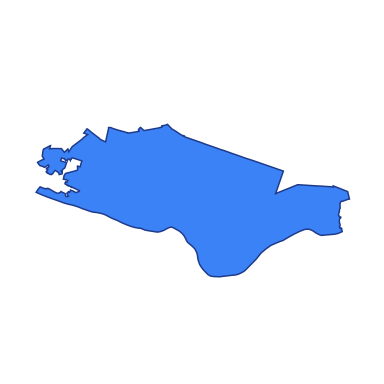 outline of Jersikas pag., Livanu, Latvia, rotated 300°
{"feature_id": "27541924B79082278774679", "entity_name": "Jersikas pag.", "entity_type": "district", "adm_level": 2, "iso_a3": "LVA", "parent_name": "Latvia", "parent_adm1": "Livanu", "projection": "mercator", "projection_center": [26.237, 56.273], "detail": "fine", "context": "isolated", "style": "filled", "palette": "blue", "viewbox_px": 384, "rotation_deg": 300, "n_neighbors": 0, "source": "geoboundaries", "source_scale": "gbopen_adm2", "svg_char_len": 5572}
<svg xmlns="http://www.w3.org/2000/svg" viewBox="0 0 384 384"><g transform="rotate(300 192 192)"><path d="M140.5,43.4L140.2,43.6L139.6,45.0L138.8,47.0L139.0,47.8L139.3,49.1L139.4,49.5L139.6,50.0L139.5,51.1L139.5,51.8L139.9,52.2L140.3,52.3L143.6,54.0L142.6,55.4L141.8,55.3L139.7,54.1L139.1,54.5L139.2,54.8L139.3,55.1L139.5,55.1L139.6,55.8L138.1,55.9L136.8,55.5L136.4,56.0L136.7,57.2L136.0,57.4L136.2,58.6L136.3,58.7L136.2,60.4L136.9,60.9L137.1,61.4L137.0,61.8L138.3,62.1L138.4,62.3L138.7,62.2L139.8,62.3L142.3,62.7L142.1,66.8L140.7,68.3L141.6,69.2L142.7,70.4L144.0,69.9L144.9,69.3L144.4,68.9L144.4,68.6L144.4,68.4L144.6,68.2L144.8,68.1L145.0,68.2L145.3,68.4L145.3,68.6L145.6,68.9L146.7,68.9L147.2,68.8L149.1,69.8L154.5,68.8L154.6,68.6L153.3,62.7L156.2,62.0L156.8,64.9L157.1,65.0L155.9,66.9L157.0,67.6L156.5,68.5L158.6,68.2L158.9,68.5L159.1,69.2L159.3,70.3L158.8,70.4L158.4,70.9L159.8,70.7L159.9,71.0L161.1,70.8L161.7,71.5L161.9,71.8L162.0,72.4L163.9,81.0L157.8,82.5L157.2,79.9L156.5,80.1L155.7,80.8L155.7,81.1L154.6,81.4L154.6,81.5L153.8,81.6L153.3,81.6L153.1,81.5L150.6,79.0L150.3,78.8L150.1,78.5L148.9,77.3L148.5,76.9L145.0,73.3L144.1,73.1L143.0,73.0L142.5,73.0L140.9,73.5L140.0,73.8L138.8,74.2L139.8,77.3L139.9,78.7L137.8,78.8L137.7,77.5L136.1,77.6L135.5,78.1L135.6,78.8L135.6,79.5L135.7,80.3L135.4,80.4L135.5,82.1L135.8,82.1L136.0,84.0L136.1,84.7L135.8,84.7L135.9,85.6L136.2,85.6L136.7,91.8L136.7,92.4L136.9,93.8L136.5,93.9L136.0,93.9L135.9,93.8L135.7,93.7L134.1,92.3L133.4,91.7L133.4,89.5L133.4,88.8L132.9,85.8L132.4,86.0L131.2,86.2L130.9,86.2L130.6,86.1L130.7,85.9L130.7,85.1L130.1,84.7L129.5,85.0L128.4,84.2L127.4,85.6L127.3,85.8L126.6,87.0L126.2,86.5L125.8,86.2L125.7,86.3L125.5,85.8L125.2,85.2L125.2,84.8L126.2,83.8L126.9,83.1L127.2,82.9L127.1,82.2L127.0,80.8L126.9,79.2L126.8,78.6L126.9,78.3L125.6,78.0L125.2,77.7L124.5,77.2L124.0,76.5L123.6,75.8L123.4,75.0L123.3,73.1L123.3,66.6L123.3,66.2L122.8,64.8L122.6,64.8L122.2,64.6L121.9,64.3L121.8,63.5L121.4,63.2L121.3,62.8L121.2,62.8L121.2,62.2L120.9,60.6L120.5,57.9L118.4,57.5L117.4,57.4L117.2,57.3L113.8,57.2L114.2,60.8L114.5,63.6L115.4,69.5L116.2,74.0L117.4,80.4L118.4,86.3L119.5,90.8L120.5,93.9L121.4,97.1L122.3,101.6L122.7,104.9L123.9,111.2L124.5,114.3L125.1,116.3L126.7,120.1L128.1,124.3L128.6,126.5L128.9,128.5L129.1,134.0L129.4,137.4L130.0,141.5L130.3,146.9L131.0,152.2L131.6,155.8L132.6,160.0L134.0,163.8L134.8,165.5L135.2,167.7L135.6,170.6L136.6,173.4L138.6,178.5L139.3,180.5L140.3,182.6L142.4,184.9L144.6,186.7L148.2,188.9L150.3,190.4L151.1,191.5L151.6,192.6L151.7,194.4L151.8,198.0L151.8,200.7L151.1,204.4L150.3,206.6L148.6,209.6L147.4,211.2L146.5,212.8L146.2,213.5L145.7,216.3L145.1,219.5L144.2,222.8L142.9,225.0L141.3,227.0L140.5,227.8L137.1,230.5L135.7,231.8L134.5,233.2L133.2,234.7L131.8,237.2L130.7,239.6L129.7,242.7L128.5,247.0L128.4,249.2L128.8,251.0L129.7,253.2L132.4,258.3L139.7,268.0L142.1,271.4L144.2,273.4L146.6,275.1L149.3,276.7L151.7,277.5L165.7,281.1L171.4,282.0L173.9,282.4L180.2,284.7L185.5,287.2L189.3,290.0L193.7,293.4L195.3,294.9L200.5,297.8L206.3,301.3L210.4,304.0L213.7,306.5L215.8,308.2L217.2,310.0L218.2,311.8L218.7,314.2L218.8,316.7L218.5,319.5L218.6,322.1L218.7,324.0L219.2,325.9L221.5,329.1L223.8,332.4L226.8,336.7L229.1,339.2L232.8,341.9L234.2,340.6L234.5,340.4L235.4,339.7L235.3,339.1L235.1,339.0L234.8,339.1L234.6,339.0L234.8,338.2L235.2,337.9L235.4,337.9L235.5,337.2L235.8,336.9L236.8,337.0L237.3,336.9L237.7,336.6L238.2,336.2L239.1,335.0L239.8,334.7L240.8,333.9L242.0,333.4L242.8,333.2L243.2,333.4L243.7,333.2L243.8,333.1L243.7,333.1L243.8,333.1L244.0,333.1L243.9,333.3L243.9,333.6L244.2,333.5L244.3,333.5L244.3,333.2L244.6,333.2L244.5,332.7L244.4,332.6L244.3,332.3L244.2,332.3L244.2,332.2L244.3,332.0L244.4,331.9L244.4,331.7L244.5,331.7L244.8,331.4L244.9,331.2L245.0,331.0L245.1,330.8L245.1,330.7L245.3,330.3L247.2,329.8L248.7,329.4L250.7,328.4L251.9,328.5L252.3,328.3L253.1,327.5L253.5,327.5L253.7,327.4L256.0,325.9L256.4,326.0L256.9,325.8L257.8,325.9L258.5,325.9L258.8,326.2L259.1,326.4L259.4,327.1L259.9,327.6L263.3,330.4L264.6,331.9L270.2,326.6L268.9,317.8L267.9,311.3L267.0,311.9L267.0,311.7L262.0,301.6L258.9,295.5L251.2,279.9L232.4,265.2L255.8,260.7L249.6,228.5L249.5,228.3L249.1,226.0L248.7,224.5L248.5,223.6L247.6,219.1L247.1,216.2L246.5,213.0L245.6,208.3L245.2,206.3L245.0,205.0L243.7,197.9L243.5,197.4L243.4,196.9L242.8,194.2L242.7,193.3L242.6,193.0L242.5,192.7L242.5,192.1L241.4,186.3L239.9,178.5L239.9,177.9L239.8,177.7L239.3,174.7L237.2,163.9L236.7,161.2L236.4,160.1L236.4,159.5L236.3,158.6L236.1,156.5L236.6,156.7L236.2,155.3L236.1,154.4L236.1,153.4L236.5,147.3L236.6,144.0L236.4,143.6L236.4,143.1L236.5,143.1L236.6,142.9L238.3,136.9L236.7,135.7L234.2,132.8L233.3,133.6L232.1,132.5L232.2,132.4L231.2,131.5L230.2,130.4L227.1,126.7L226.9,126.5L222.4,121.2L221.3,119.7L221.3,119.3L221.8,117.0L222.2,115.1L222.0,114.9L219.3,114.4L218.1,115.8L214.2,111.2L211.2,107.4L211.4,107.4L210.4,103.9L210.0,102.1L209.9,101.8L209.7,101.3L209.4,99.8L209.1,99.5L209.2,99.4L208.8,97.7L208.0,94.3L207.6,92.4L207.1,89.1L206.1,87.5L205.5,87.9L192.2,92.1L191.7,86.8L192.1,85.1L192.9,79.0L193.2,77.1L193.3,76.0L194.3,69.9L193.9,69.4L193.8,69.5L188.9,68.8L189.6,73.0L185.4,71.1L182.1,70.1L171.4,65.6L165.2,65.2L167.2,63.0L162.5,61.6L163.9,58.2L164.3,57.2L163.6,56.0L163.2,55.3L163.1,55.0L161.5,52.3L160.6,50.6L158.2,47.0L161.1,46.4L161.4,46.3L161.3,46.2L161.0,45.9L157.2,43.5L156.9,43.4L155.2,42.1L154.4,42.1L154.0,42.1L150.1,43.6L148.3,44.3L147.2,46.3L147.1,46.2L146.7,47.0L146.5,47.4L145.1,46.5L144.8,46.1L140.5,43.4Z" fill="#3b82f6" stroke="#1e3a8a" stroke-width="1.5"/></g></svg>